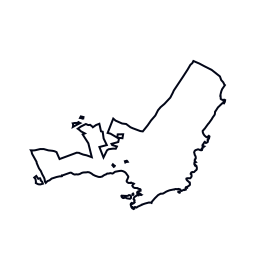 outline of Manokwari, Papua Barat, Indonesia, rotated 114°
{"feature_id": "22746128B58641314112332", "entity_name": "Manokwari", "entity_type": "district", "adm_level": 2, "iso_a3": "IDN", "parent_name": "Indonesia", "parent_adm1": "Papua Barat", "projection": "natural_earth1", "projection_center": [133.979, -1.001], "detail": "fine", "context": "isolated", "style": "outline", "palette": "ink", "viewbox_px": 256, "rotation_deg": 114, "n_neighbors": 0, "source": "geoboundaries", "source_scale": "gbopen_adm2", "svg_char_len": 5726}
<svg xmlns="http://www.w3.org/2000/svg" viewBox="0 0 256 256"><g transform="rotate(114 128 128)"><path d="M211.6,180.8L209.3,180.0L207.7,178.4L205.3,177.2L201.8,173.3L199.9,170.7L199.4,169.5L198.9,168.8L198.2,169.1L197.9,168.5L192.4,162.7L192.0,161.9L192.1,160.6L192.3,159.6L192.3,158.2L192.1,157.6L191.3,156.3L190.8,154.8L189.7,153.4L188.0,152.1L187.4,151.5L186.7,150.5L185.3,147.7L184.7,146.9L184.3,145.5L184.3,144.2L184.5,142.5L184.9,141.0L185.0,138.5L184.7,135.2L184.1,133.5L182.7,131.7L181.4,131.1L179.5,129.5L179.0,128.9L178.5,128.8L178.1,128.5L177.4,127.0L176.4,125.8L175.9,123.6L175.3,123.1L173.7,122.3L173.1,121.8L170.7,118.3L169.8,116.7L169.5,115.2L169.5,113.2L170.0,111.6L172.1,108.1L172.6,107.8L175.4,107.7L176.4,107.8L176.9,107.7L177.4,107.4L177.7,106.9L177.9,106.1L178.0,105.2L177.4,103.9L177.2,103.3L176.6,103.0L176.7,101.2L176.4,100.5L176.5,99.9L177.8,100.5L179.0,100.6L180.0,99.0L180.1,97.7L179.0,94.7L179.3,94.3L179.3,93.6L178.9,92.2L179.1,91.5L180.2,91.0L180.7,91.7L181.5,92.4L181.5,92.7L182.4,93.4L183.1,93.4L183.6,93.3L183.8,92.9L183.6,92.7L183.5,92.1L182.9,91.9L183.0,91.7L183.5,91.9L183.6,90.8L183.1,90.5L183.3,89.9L183.3,89.2L183.6,88.9L183.6,88.5L183.9,88.7L184.0,89.1L184.0,89.7L184.1,90.6L184.9,90.8L184.8,91.1L185.2,91.5L185.4,91.4L185.8,92.6L186.8,93.0L188.5,94.1L190.0,94.1L190.8,93.9L191.2,92.7L191.6,92.5L191.9,92.6L192.3,92.6L192.8,92.2L193.1,91.7L194.3,92.1L194.9,93.4L195.4,93.0L195.5,93.1L194.9,93.5L194.9,94.1L195.9,94.6L196.9,94.4L197.9,93.6L199.0,92.2L198.5,91.8L198.6,91.7L199.1,92.3L199.6,91.5L199.7,90.4L199.8,90.0L199.1,89.4L198.8,89.5L198.3,90.2L197.3,89.5L197.2,87.8L195.8,87.0L192.3,83.9L192.2,84.0L190.0,81.6L187.5,78.5L187.4,77.9L186.9,77.1L186.9,76.0L186.6,76.0L186.0,76.2L185.3,76.1L181.3,74.9L177.0,73.2L174.8,71.5L174.8,71.4L173.7,69.4L172.8,68.7L170.6,67.2L169.5,66.2L168.0,64.7L165.3,60.9L165.4,60.7L164.6,60.0L164.2,59.3L164.1,58.7L163.8,58.0L163.4,57.6L163.1,57.0L162.9,55.8L162.9,55.2L163.6,54.3L163.7,53.5L161.7,51.8L161.7,51.1L160.7,50.1L159.7,51.0L159.2,51.0L158.7,51.0L158.5,49.8L157.8,50.2L156.9,49.4L155.1,48.4L154.2,48.5L153.0,49.2L153.1,49.3L152.5,50.3L151.8,52.7L151.2,53.7L151.0,53.8L151.0,53.7L150.0,53.7L149.4,52.7L149.3,52.2L148.5,50.6L146.6,50.2L145.1,50.8L144.5,51.5L144.5,52.0L144.1,52.2L142.9,52.1L142.2,51.5L142.3,51.3L142.0,51.1L141.8,50.4L141.3,49.7L139.4,49.0L138.7,48.5L137.6,48.4L136.2,49.0L134.8,50.1L134.8,50.6L135.2,51.1L135.1,51.5L134.6,51.5L134.0,51.7L134.1,52.6L133.0,53.2L132.0,53.1L131.5,52.3L131.2,53.0L131.0,53.7L130.0,54.0L130.0,53.9L129.0,53.9L128.4,53.7L127.0,54.3L126.1,55.1L125.3,56.2L124.4,56.8L123.5,57.6L122.3,57.8L120.9,57.4L119.1,55.5L118.9,55.1L118.8,53.0L118.6,52.1L118.1,51.5L117.7,51.7L117.0,52.3L116.7,52.2L116.6,51.6L115.9,51.6L115.7,51.7L115.0,52.1L114.7,52.0L114.4,51.1L113.8,50.8L113.9,51.9L113.8,52.8L112.7,53.0L112.1,52.6L111.1,52.6L110.1,52.5L109.4,52.2L110.0,50.8L109.5,50.2L108.3,49.5L107.7,49.7L107.1,49.7L106.8,50.3L105.8,50.6L105.5,50.0L104.8,49.7L103.4,50.0L103.5,50.1L102.9,50.3L102.4,50.7L102.3,51.0L104.0,51.8L104.4,52.7L104.3,53.3L103.8,54.9L103.1,56.2L101.9,57.6L100.9,58.3L100.0,58.6L99.3,58.2L97.9,57.9L97.4,57.6L96.7,57.5L91.5,56.4L90.8,56.1L85.9,55.1L83.8,54.9L81.1,54.3L80.0,54.3L77.5,55.1L77.2,54.9L72.6,54.2L67.2,52.0L66.5,51.0L66.4,50.3L66.0,50.3L65.9,51.4L65.2,51.4L64.8,50.2L64.5,50.2L64.2,50.4L63.0,50.6L62.9,51.2L63.4,52.3L63.9,52.9L63.9,54.5L63.7,55.1L60.8,56.6L60.9,56.8L59.5,57.2L59.4,57.7L59.4,57.2L56.4,57.7L54.2,57.8L49.4,56.9L49.1,57.7L47.5,59.6L46.3,62.3L43.5,65.0L40.9,75.2L40.5,83.5L40.1,89.2L40.2,95.5L42.5,95.6L44.9,96.7L50.4,97.3L59.3,98.7L75.1,101.4L77.7,101.4L83.0,101.7L91.1,104.5L95.7,106.7L99.5,107.8L105.5,108.1L111.7,110.0L117.5,111.1L125.1,113.1L125.8,115.5L126.3,123.6L126.3,126.1L125.1,131.3L126.3,135.2L126.3,142.4L125.4,145.3L140.8,144.6L140.3,141.7L141.2,133.9L138.0,134.8L135.7,129.9L139.6,128.9L140.6,132.1L144.8,131.2L149.2,136.6L150.0,135.5L149.4,130.6L151.9,130.7L152.9,133.2L155.3,137.1L157.0,138.1L164.9,138.4L157.0,146.4L152.2,140.4L147.5,146.0L141.7,149.6L142.0,151.3L135.8,155.9L138.3,158.4L141.6,160.4L141.3,160.9L140.5,163.9L141.3,165.1L141.5,165.8L141.5,168.1L145.8,171.6L149.1,173.6L149.5,171.6L150.2,169.6L150.5,165.2L152.3,166.8L158.1,158.0L169.4,149.2L169.8,154.7L170.5,158.1L170.7,161.6L170.6,162.5L171.4,164.8L184.2,177.9L179.1,183.5L179.1,185.5L179.3,186.7L179.7,188.2L180.8,191.6L181.5,196.3L183.0,199.7L185.9,203.5L186.8,204.9L187.9,207.6L188.7,206.5L190.3,205.4L191.0,204.6L196.1,197.8L197.2,197.1L200.9,193.1L201.9,191.6L202.6,190.3L205.1,187.6L207.4,184.6L208.5,183.5L210.9,181.9L211.6,180.8ZM167.3,127.0L167.8,125.6L167.9,124.7L168.5,124.7L169.3,125.2L168.3,127.2L167.3,127.0ZM159.6,117.3L158.4,115.8L158.6,115.1L159.0,114.5L159.8,115.8L160.6,116.4L159.6,117.3ZM213.5,183.1L212.0,184.6L211.5,186.2L211.3,186.5L210.9,186.6L210.5,186.9L209.7,188.0L210.3,188.8L210.9,189.3L209.1,192.3L211.4,193.5L212.0,192.2L212.7,191.4L214.5,190.3L215.8,189.8L215.9,187.4L215.8,186.7L215.5,185.9L215.1,185.0L213.5,183.1ZM190.7,96.8L190.2,97.1L189.5,97.2L189.0,97.7L188.7,98.4L188.7,99.0L188.9,99.8L190.0,100.5L190.8,102.0L191.2,103.1L191.6,103.9L191.6,104.3L191.9,104.7L192.3,106.2L192.6,106.4L193.3,106.0L193.7,105.3L194.0,104.5L193.9,103.8L193.6,103.2L192.9,102.9L192.6,102.5L192.7,100.4L191.9,97.4L190.7,96.8ZM146.4,180.0L148.4,179.0L149.5,178.8L146.3,176.4L143.0,173.7L143.0,174.5L142.7,175.6L144.0,176.5L145.2,178.9L146.2,180.3L146.4,180.0ZM138.1,175.3L137.9,173.3L137.3,173.1L137.3,172.8L136.1,173.1L136.6,175.8L138.3,175.9L138.1,175.3ZM166.0,56.1L166.3,54.8L165.9,54.4L165.4,54.8L165.2,55.7L165.5,56.2L166.0,56.1ZM186.8,97.0L187.2,96.5L186.9,96.0L186.2,96.1L185.8,96.7L186.2,97.0L186.8,97.0Z" fill="none" stroke="#020617" stroke-width="2"/></g></svg>